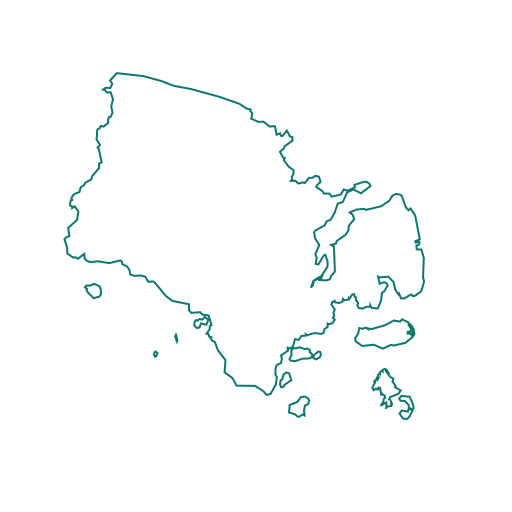 South Malekula, Malampa, Vanuatu (Albers equal-area conic projection), rotated 16°
{"feature_id": "77236927B78933945874407", "entity_name": "South Malekula", "entity_type": "district", "adm_level": 2, "iso_a3": "VUT", "parent_name": "Vanuatu", "parent_adm1": "Malampa", "projection": "albers", "projection_center": [167.766, -16.475], "detail": "fine", "context": "isolated", "style": "outline", "palette": "teal", "viewbox_px": 512, "rotation_deg": 16, "n_neighbors": 0, "source": "geoboundaries", "source_scale": "gbopen_adm2", "svg_char_len": 6117}
<svg xmlns="http://www.w3.org/2000/svg" viewBox="0 0 512 512"><g transform="rotate(16 256 256)"><path d="M71.8,118.6L67.3,127.6L70.4,130.0L69.7,134.6L65.2,135.7L63.2,138.2L65.2,138.1L67.5,140.0L71.0,138.6L75.3,144.6L75.7,152.3L78.6,158.0L77.9,162.3L76.5,162.9L76.2,165.8L77.3,168.6L73.9,173.6L70.9,173.7L70.5,176.2L68.6,178.3L70.7,188.0L75.5,192.4L73.8,195.3L75.2,196.1L81.9,208.6L79.7,210.3L80.8,214.9L76.6,224.3L76.4,228.0L71.7,232.5L71.3,234.8L68.6,238.4L68.6,243.3L64.4,246.4L63.2,248.7L62.6,251.4L63.9,252.7L62.7,253.6L62.7,256.1L63.4,258.7L65.9,259.2L66.2,260.5L68.1,258.2L73.1,262.3L74.0,270.7L67.7,280.8L71.1,288.3L68.3,290.4L67.3,292.8L72.0,299.7L74.0,305.7L80.9,307.9L82.4,307.0L85.6,307.7L90.3,301.3L91.8,305.3L94.1,307.1L98.1,307.6L105.8,304.6L116.9,303.3L126.9,297.6L128.7,298.4L129.8,300.7L135.2,301.7L138.5,304.7L140.2,308.4L144.7,308.6L150.5,306.5L155.2,306.4L159.5,310.5L164.2,308.8L165.8,309.3L180.5,319.3L188.0,322.2L204.8,320.9L206.5,326.4L209.4,328.5L217.9,325.4L220.3,327.0L226.9,326.3L232.3,334.7L230.9,336.0L231.6,338.8L230.2,343.7L231.5,342.9L230.3,344.3L232.5,344.8L233.4,346.6L235.3,346.3L235.1,347.6L237.4,349.6L240.0,349.8L245.5,357.2L255.4,364.6L257.8,376.4L267.1,379.9L273.1,386.0L290.9,381.1L299.9,383.7L304.6,386.6L308.0,384.6L310.5,373.8L309.3,366.4L307.4,364.7L305.8,359.0L305.9,355.2L309.5,352.1L309.3,347.8L307.5,344.7L312.8,338.3L311.8,335.4L313.8,335.8L316.4,333.0L316.4,325.1L320.1,324.9L321.7,320.3L326.2,318.7L325.6,317.6L326.8,318.1L333.9,313.8L339.8,313.0L342.0,311.5L342.1,307.2L344.3,304.4L343.6,301.2L345.1,301.5L348.1,299.2L349.2,295.5L346.9,294.3L347.7,292.4L346.1,289.0L346.5,285.6L341.8,281.8L342.0,279.1L343.9,277.6L344.1,278.8L348.9,278.3L351.6,276.1L351.4,273.4L352.6,274.4L357.2,272.2L356.8,270.7L357.7,271.1L359.0,266.7L360.9,265.6L362.1,268.1L363.5,268.2L364.0,270.6L367.2,273.1L366.9,275.3L369.0,277.7L373.3,277.1L375.7,274.6L379.8,273.3L379.4,271.8L381.7,274.1L387.6,272.8L388.5,264.5L387.2,256.7L389.0,254.7L390.7,248.2L389.4,246.3L386.5,245.8L382.6,248.6L379.0,242.2L381.0,242.4L389.0,239.4L395.5,243.3L399.0,249.8L403.6,253.7L403.9,252.7L407.0,256.7L410.4,255.8L415.6,250.2L418.0,251.3L419.9,250.4L424.5,244.4L424.7,234.5L422.4,230.3L417.9,211.7L413.2,204.2L408.7,205.3L407.3,201.8L409.4,200.1L409.5,197.7L408.4,197.1L406.0,199.0L405.0,198.0L408.8,194.7L397.9,173.3L391.5,167.7L390.1,170.0L386.6,167.9L379.8,158.4L377.7,157.2L373.4,157.8L370.5,160.3L368.9,166.1L362.6,173.7L349.1,181.3L347.1,180.9L339.9,183.6L334.1,188.3L337.7,189.8L340.2,193.6L336.9,201.3L337.8,206.0L336.2,211.0L329.4,219.4L329.5,222.0L325.2,224.6L328.4,225.5L336.1,249.2L333.7,254.5L333.4,258.1L330.2,260.1L322.4,261.9L325.0,259.9L325.0,258.1L318.6,263.7L318.7,268.6L317.5,271.3L318.1,263.9L324.5,257.1L327.6,246.6L326.5,241.9L322.4,235.7L320.9,236.9L318.3,246.9L315.5,247.1L314.8,240.9L312.5,237.8L313.8,228.0L307.8,222.5L305.4,217.5L305.6,215.7L313.6,207.5L314.2,203.4L317.8,200.5L319.7,192.2L320.1,183.1L324.6,180.2L326.1,169.7L331.4,165.2L339.6,166.8L346.8,157.2L344.7,155.1L341.8,154.2L339.0,155.1L331.0,160.5L332.1,162.8L326.0,168.0L322.0,167.8L320.5,173.7L312.2,178.1L309.5,175.8L304.0,177.2L301.9,175.3L295.0,173.1L294.9,171.4L297.6,167.0L294.7,162.4L290.9,162.6L288.5,165.5L285.4,166.2L282.8,172.5L280.5,172.4L276.8,174.7L273.1,172.8L268.8,174.2L269.6,172.0L268.5,170.1L269.4,166.9L268.5,163.1L263.0,161.2L256.4,156.4L256.6,153.9L254.9,153.9L250.3,149.2L253.4,144.5L253.0,142.9L259.3,135.1L258.1,131.7L255.8,131.7L251.1,127.0L248.3,133.5L246.8,133.5L245.3,131.4L242.4,133.7L238.4,126.0L233.5,127.8L226.1,124.8L221.5,126.4L213.6,125.3L213.1,119.9L210.7,118.3L210.4,116.6L206.6,117.0L198.2,114.3L177.7,113.1L147.6,113.4L130.1,115.1L116.4,113.9L98.3,114.1L71.8,118.6ZM413.3,304.0L423.5,298.3L428.9,290.7L426.2,288.1L423.1,288.8L422.8,287.0L425.1,286.2L425.6,283.9L421.0,279.4L426.2,283.4L428.0,288.2L429.6,288.6L429.8,287.5L427.8,283.1L424.3,279.8L419.4,277.5L413.8,276.7L412.6,279.4L406.3,280.0L398.9,287.1L387.6,294.2L384.3,294.7L384.4,295.6L381.6,294.5L378.0,296.8L375.2,296.7L375.6,302.7L373.9,307.7L375.3,310.6L383.0,313.2L393.7,308.8L403.4,310.1L410.3,304.2L413.3,304.0ZM409.5,332.2L408.3,331.9L407.2,333.8L407.9,335.6L406.4,335.9L405.8,340.8L407.3,339.6L406.7,342.0L405.4,341.5L404.2,344.2L405.3,344.6L404.2,350.7L406.0,352.6L407.8,350.4L409.6,350.3L410.4,347.8L410.2,350.3L411.8,348.8L414.3,354.4L415.2,352.8L415.0,354.2L418.2,354.7L419.4,356.5L418.1,358.1L418.7,360.6L417.0,365.6L421.6,360.9L423.0,364.6L422.6,367.2L423.3,364.8L427.6,362.7L426.6,361.1L427.5,360.7L424.7,357.2L423.4,357.0L423.7,354.9L431.0,349.0L432.1,345.4L425.8,343.8L426.1,342.6L421.8,338.9L421.8,336.1L418.5,335.3L413.1,331.3L412.6,330.5L416.6,332.6L412.5,329.3L410.7,329.1L409.0,331.1L409.5,332.2ZM344.7,391.2L344.3,386.4L347.0,383.8L347.0,380.3L345.2,378.4L341.7,377.7L338.0,379.3L336.0,384.9L329.4,390.0L330.9,397.3L337.2,397.5L340.4,398.9L341.8,398.7L344.5,395.4L346.7,395.9L344.7,391.2ZM317.8,347.0L322.5,346.4L328.9,341.9L335.2,339.9L337.8,337.6L336.8,334.8L334.2,333.7L334.1,331.9L331.1,330.7L328.7,332.0L323.3,331.7L319.4,334.0L317.4,333.9L316.0,337.4L317.4,341.4L316.6,345.7L317.8,347.0ZM113.7,328.2L108.1,327.4L104.8,330.1L101.1,331.2L100.2,333.2L102.6,334.2L102.6,335.7L104.8,337.6L111.7,341.3L116.6,338.2L117.5,335.7L115.9,330.5L113.7,328.2ZM317.4,359.6L315.2,362.2L315.2,367.5L313.9,368.8L314.5,372.9L316.2,375.2L318.5,374.1L318.8,372.2L324.1,365.6L320.3,359.7L317.4,359.6ZM227.8,330.3L223.4,328.7L221.9,332.0L219.0,332.1L217.8,334.3L216.2,333.9L215.1,336.0L215.8,339.8L219.3,341.6L221.4,340.2L221.7,336.0L227.1,335.8L227.8,330.3ZM434.2,350.5L432.9,353.6L434.8,355.3L439.1,354.4L443.9,357.3L444.7,359.7L449.0,360.3L449.4,358.7L447.7,355.2L442.6,348.9L434.2,350.5ZM444.8,361.4L444.9,363.7L438.6,364.4L437.4,368.0L442.4,371.8L446.2,371.0L447.8,368.0L449.0,361.7L447.7,360.5L444.8,361.4ZM338.8,335.5L339.4,338.4L342.3,338.8L345.4,335.5L345.5,332.6L344.2,330.6L342.4,330.6L338.8,335.5ZM188.0,376.4L185.7,375.6L185.1,376.4L185.0,378.8L186.6,380.6L187.7,379.9L188.0,376.4ZM200.5,355.8L203.6,360.0L203.6,358.6L200.8,354.0L200.5,355.8Z" fill="none" stroke="#0f766e" stroke-width="2"/></g></svg>